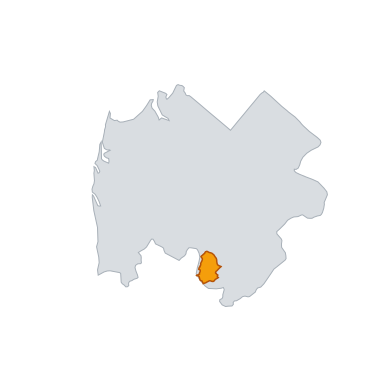 Lèkoko, Haut-Ogooué, Gabon shown in context, rotated 40°
{"feature_id": "22940354B44244492121045", "entity_name": "Lèkoko", "entity_type": "district", "adm_level": 2, "iso_a3": "GAB", "parent_name": "Gabon", "parent_adm1": "Haut-Ogooué", "projection": "mercator", "projection_center": [13.129, -2.025], "detail": "fine", "context": "in_parent", "style": "filled", "palette": "amber", "viewbox_px": 384, "rotation_deg": 40, "n_neighbors": 0, "source": "geoboundaries", "source_scale": "gbopen_adm2", "svg_char_len": 5488}
<svg xmlns="http://www.w3.org/2000/svg" viewBox="0 0 384 384"><g transform="rotate(40 192 192)"><path d="M259.8,73.6L259.6,76.4L256.5,83.3L255.0,88.5L254.6,94.1L255.5,98.6L257.0,101.8L258.0,105.3L257.2,107.8L255.7,108.8L256.7,110.0L259.0,110.3L263.0,109.3L269.0,107.4L276.9,104.7L282.0,103.3L290.6,104.2L295.2,105.2L297.5,107.1L300.0,115.1L301.3,116.3L303.4,119.8L305.1,123.9L305.5,126.0L305.3,127.5L303.5,129.7L301.6,132.9L300.9,134.9L299.2,136.4L297.2,137.8L291.4,138.4L290.6,139.3L289.0,142.7L286.0,145.7L284.6,148.5L283.4,152.2L283.6,156.8L283.0,163.4L282.4,167.9L283.9,169.5L290.7,170.6L292.1,171.4L293.9,174.2L296.2,176.8L302.5,178.5L304.9,180.5L306.9,182.6L307.1,184.4L305.7,191.6L304.3,198.5L304.9,203.8L305.4,208.8L306.1,216.1L305.8,220.6L304.0,223.3L304.0,225.4L304.8,228.0L303.3,235.1L302.3,236.3L299.5,237.7L298.0,239.6L297.5,242.6L296.0,246.7L294.5,248.2L294.5,250.1L295.9,251.5L295.9,253.6L293.1,256.2L291.4,258.1L287.7,259.1L283.5,258.1L282.5,256.6L283.5,254.4L283.1,252.7L281.6,250.8L279.4,246.0L277.4,245.0L276.2,247.0L272.8,250.6L266.6,255.3L262.4,255.6L254.4,254.2L247.8,252.0L244.7,246.5L242.7,242.0L239.9,236.8L236.7,234.3L233.3,232.7L231.8,232.6L226.9,235.5L225.5,236.7L225.5,239.1L225.9,241.4L226.7,242.5L227.3,244.0L227.2,246.3L226.3,249.3L226.1,252.7L210.8,256.0L208.2,254.8L206.3,253.3L204.0,253.5L197.4,255.2L195.0,254.0L192.5,253.2L191.4,253.9L191.3,255.3L192.5,263.3L192.1,266.3L190.6,270.2L189.8,272.9L193.9,273.6L195.3,274.9L196.8,276.9L198.7,278.7L198.8,279.8L196.6,281.9L195.9,284.5L196.9,286.5L199.7,288.5L203.7,290.7L205.6,292.1L205.4,293.4L203.6,296.2L202.9,298.5L201.6,300.6L201.9,302.5L203.7,304.4L203.5,306.0L202.3,307.2L199.8,306.9L197.6,307.1L195.7,306.6L189.8,300.3L188.5,300.2L179.9,305.0L177.8,307.0L176.0,309.8L173.6,316.0L169.7,312.4L166.3,305.8L162.4,301.8L154.1,295.3L151.9,290.5L142.4,279.9L128.8,269.4L119.0,260.2L117.5,258.2L119.2,258.4L128.6,263.0L129.9,262.5L131.0,261.4L126.9,259.0L123.0,257.2L119.3,256.0L115.7,256.1L113.6,254.1L112.3,251.2L111.6,248.7L110.0,246.0L104.7,240.6L103.5,238.5L100.6,235.6L102.4,235.3L108.0,238.0L108.5,236.9L108.0,235.3L102.4,232.7L99.3,232.5L98.6,230.7L99.0,228.6L95.0,220.7L90.8,214.8L90.2,212.0L101.4,224.8L102.9,225.1L104.9,224.9L109.6,223.5L108.7,221.8L106.6,219.9L104.5,220.8L101.9,220.9L100.5,220.2L99.9,218.9L102.5,212.6L101.4,212.9L100.5,214.0L99.1,214.6L96.8,214.9L91.3,211.5L86.4,202.5L85.1,200.6L83.8,197.5L82.5,196.2L76.9,183.3L79.0,184.3L81.6,188.0L86.6,187.2L88.5,185.1L90.2,185.2L92.0,184.7L94.2,182.6L100.5,173.8L102.2,162.1L101.7,155.2L100.7,148.3L102.9,146.1L103.7,147.5L104.1,150.0L105.1,151.8L107.4,153.4L111.6,153.9L118.1,156.4L120.5,158.0L121.1,154.8L128.6,152.0L126.4,151.0L119.7,152.1L110.5,148.0L107.5,145.4L104.6,140.4L101.7,137.8L101.9,135.5L108.5,133.3L110.2,133.5L110.9,136.1L112.7,137.2L113.3,136.8L113.6,134.6L113.7,128.7L111.6,120.3L112.3,118.7L114.1,118.1L115.7,117.0L116.8,116.8L119.0,117.0L120.1,118.9L120.8,120.0L123.0,120.5L124.9,121.5L126.4,121.3L127.8,120.0L129.7,119.8L135.7,119.8L141.1,119.8L152.0,119.9L162.8,119.9L173.6,119.9L181.8,120.0L181.8,115.1L181.7,107.7L181.7,98.9L181.6,90.4L181.6,82.6L181.5,73.4L182.0,70.8L182.5,69.7L182.3,68.1L190.7,68.0L205.9,68.7L212.5,68.6L214.4,68.7L222.7,68.3L229.4,68.9L232.2,69.5L234.8,69.8L242.8,70.2L253.3,69.7L256.9,69.9L258.9,71.1L259.8,73.6Z" fill="#d9dde1" stroke="#a8b0b8" stroke-width="1"/><path d="M240.4,235.7L240.6,235.8L241.3,236.0L242.0,236.2L242.5,236.3L242.9,236.5L243.2,236.9L243.6,237.6L243.9,238.5L244.1,239.2L244.2,239.8L244.4,240.5L244.5,241.0L244.8,241.5L245.4,242.0L245.6,242.4L245.8,243.1L245.7,243.5L245.8,243.8L246.0,243.9L246.2,244.0L246.3,244.2L246.2,244.6L246.0,245.1L246.1,245.3L246.2,245.5L246.4,245.8L246.6,246.0L246.6,246.3L246.6,246.6L246.8,246.9L247.2,246.9L247.5,246.8L247.9,246.6L248.1,246.5L248.5,246.6L248.8,246.9L249.1,247.3L249.4,247.7L249.5,248.1L249.6,248.5L249.7,248.9L249.8,249.3L250.1,249.6L250.5,250.0L250.4,250.3L250.0,250.9L249.9,251.5L249.5,252.2L249.1,252.6L249.0,253.0L249.4,253.1L249.7,252.8L250.3,252.5L250.5,252.3L250.9,252.2L251.6,252.3L252.1,252.4L252.5,252.7L253.0,253.1L253.4,253.4L253.9,253.7L254.8,254.2L255.2,254.3L255.6,254.3L256.0,254.1L256.4,253.9L257.0,253.8L257.4,254.0L258.1,254.4L258.7,254.6L259.4,254.8L259.5,254.9L260.0,254.1L260.6,253.2L260.9,252.6L261.2,251.9L261.3,251.3L261.8,250.3L262.2,249.3L262.4,248.8L262.9,248.4L263.2,248.2L263.6,248.0L264.0,248.0L264.4,247.8L264.8,247.6L265.1,247.4L265.5,247.1L265.7,246.9L266.0,246.4L266.1,245.4L266.0,244.2L266.2,243.5L266.4,243.0L266.5,242.4L266.8,241.9L267.0,241.5L267.0,241.1L267.1,240.6L266.7,240.6L266.3,240.7L265.9,240.6L265.6,240.3L265.4,239.8L265.3,239.3L265.1,239.0L264.8,239.0L264.2,239.2L263.8,239.1L263.4,239.0L263.1,238.9L262.6,238.8L262.3,239.0L262.0,238.8L261.8,238.5L261.6,238.0L261.4,237.5L261.5,237.2L261.6,236.8L261.7,235.9L261.8,233.9L262.0,231.8L262.2,231.0L262.2,230.4L261.5,230.6L260.8,230.9L260.3,231.0L259.6,231.2L258.8,231.3L258.3,231.2L257.6,230.9L257.2,230.7L256.4,230.0L255.7,229.4L255.3,229.0L254.9,228.5L254.1,227.8L253.5,227.4L252.8,227.1L251.9,226.9L250.9,226.7L250.2,226.4L249.6,226.2L248.9,226.1L247.9,226.1L246.8,226.1L246.2,226.3L245.6,226.5L244.8,226.9L244.4,227.1L243.9,227.3L243.4,227.5L242.8,227.5L242.0,227.7L241.5,227.9L241.4,228.1L241.1,228.6L240.8,229.0L240.8,229.8L240.9,230.3L241.1,230.6L241.1,231.2L240.9,231.6L240.8,232.2L240.7,232.8L240.7,233.4L240.6,234.0L240.4,234.8L240.3,235.4L240.4,235.7Z" fill="#f59e0b" stroke="#b45309" stroke-width="1.5"/></g></svg>